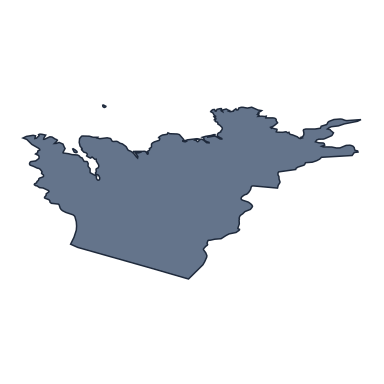 Norðurland eystra, Equal Earth projection
{"feature_id": "ISL-702", "entity_name": "Norðurland eystra", "entity_type": "Region", "adm_level": 1, "iso_a3": "ISL", "parent_name": "Iceland", "parent_adm1": "", "projection": "equal_earth", "projection_center": [-17.153, 65.518], "detail": "fine", "context": "isolated", "style": "filled", "palette": "slate", "viewbox_px": 384, "rotation_deg": 0, "n_neighbors": 0, "source": "natural_earth", "source_scale": "10m", "svg_char_len": 5966}
<svg xmlns="http://www.w3.org/2000/svg" viewBox="0 0 384 384"><path d="M23.0,138.0L26.4,136.4L33.1,135.3L35.5,135.8L34.9,138.5L36.4,138.2L39.1,135.7L38.6,134.6L39.9,134.1L42.0,134.3L45.7,135.1L43.8,138.1L43.6,139.3L44.4,139.3L49.8,136.8L52.0,137.0L55.3,139.1L56.7,139.6L57.4,140.2L56.5,141.5L54.4,143.5L56.4,143.4L59.1,142.4L63.0,144.1L64.3,147.2L65.1,148.5L63.0,152.4L63.2,153.0L68.6,153.7L72.0,154.6L77.6,155.0L79.2,155.9L80.4,157.3L82.1,157.9L84.1,161.4L86.8,161.5L87.3,161.8L88.2,163.5L88.0,165.8L88.3,166.7L90.1,168.8L90.1,172.3L90.3,172.8L96.7,176.2L96.3,177.3L96.6,178.8L97.5,180.0L98.8,180.2L99.7,179.1L99.7,177.6L99.0,176.1L98.3,175.1L95.7,174.0L95.4,173.0L96.3,171.7L96.0,169.7L96.3,168.8L98.3,167.7L98.8,166.2L98.6,164.9L96.3,161.0L96.2,159.2L94.8,159.3L92.3,157.1L91.6,157.2L90.7,158.1L89.7,157.8L87.4,156.5L86.6,155.9L87.3,154.7L87.0,153.6L86.1,152.8L83.9,152.2L81.5,149.7L81.5,149.1L82.1,149.1L82.1,148.5L80.1,146.2L79.2,142.4L79.6,138.6L81.6,136.2L82.6,136.0L89.4,136.2L93.2,137.3L97.6,137.3L97.0,138.0L99.8,138.7L107.2,137.8L110.4,138.5L111.0,139.1L111.8,140.7L112.4,141.3L113.3,141.5L116.3,141.3L117.6,141.6L120.0,143.2L122.4,143.9L125.3,146.0L126.3,146.9L127.5,149.2L128.3,150.3L130.7,151.2L132.0,152.0L133.9,153.7L136.5,157.1L137.6,158.1L137.9,156.6L137.2,155.4L135.5,153.0L138.7,152.9L141.7,151.9L134.8,152.1L133.0,151.4L144.9,151.3L145.8,151.7L147.4,154.2L147.8,154.2L148.3,153.0L148.0,152.4L147.4,151.9L147.4,151.4L149.2,150.4L149.7,149.6L149.4,148.5L150.6,147.9L151.5,146.9L151.5,144.1L152.4,143.0L154.3,141.9L159.2,140.3L159.7,139.3L159.7,138.4L159.4,138.0L158.6,137.7L159.0,137.1L160.5,136.0L162.5,135.0L167.1,134.3L167.9,132.8L169.9,133.7L177.4,134.0L179.4,134.6L183.8,139.6L183.8,140.7L182.8,140.7L182.8,141.3L184.6,141.8L185.6,141.8L186.4,141.3L184.9,140.7L187.5,139.8L197.0,138.7L199.7,139.1L197.3,139.2L195.1,140.2L196.1,140.5L197.4,141.7L198.0,141.6L200.4,139.3L201.3,139.1L203.4,140.0L206.6,142.7L209.1,142.9L209.1,142.4L206.7,141.6L204.7,140.5L204.1,139.4L203.7,138.0L202.3,137.3L205.7,136.3L210.9,135.5L213.9,134.6L215.7,134.6L209.1,136.3L207.0,137.3L213.6,136.2L215.1,136.2L216.9,137.0L219.9,138.9L221.8,139.1L221.8,138.5L219.2,137.2L217.8,136.3L217.3,135.4L217.5,134.2L218.3,133.1L220.8,131.8L220.7,131.3L222.1,129.5L222.3,128.7L222.1,127.5L219.6,125.0L218.0,124.2L217.6,122.3L215.6,121.6L215.0,120.9L215.6,119.5L214.6,119.5L215.6,118.4L214.7,117.8L214.0,116.7L215.6,116.7L215.6,116.2L214.3,115.4L212.8,112.8L210.7,111.7L211.4,110.6L212.9,109.6L214.5,109.5L214.9,110.0L215.2,111.1L216.0,111.2L217.1,109.3L220.2,108.6L221.4,108.6L221.4,109.2L221.0,110.1L221.3,110.9L222.7,111.7L222.1,110.1L226.2,109.0L229.0,110.5L230.4,110.6L228.8,111.2L230.1,111.7L233.4,111.2L233.4,110.6L235.9,108.8L236.5,109.9L237.4,110.0L238.2,109.6L238.8,108.0L241.1,107.3L243.1,107.3L247.4,108.1L251.7,107.2L258.0,110.0L261.6,110.6L260.6,111.4L258.5,112.2L258.0,113.4L259.0,113.4L259.0,113.9L257.5,114.5L259.1,115.6L258.2,116.4L261.9,116.2L264.9,116.5L266.2,116.2L265.8,117.9L272.9,117.9L274.3,118.1L275.5,118.6L276.2,119.4L276.1,120.6L277.6,122.8L274.5,125.4L272.7,126.5L270.5,127.3L271.5,128.4L272.4,128.0L274.4,128.7L276.8,129.2L277.1,129.8L276.2,131.8L277.4,132.2L282.9,132.3L285.5,131.8L286.4,131.9L287.5,132.8L289.0,132.3L289.2,133.2L289.7,133.9L290.4,134.4L292.6,134.9L297.3,136.8L298.7,138.0L300.2,138.6L302.0,138.0L301.4,137.8L300.9,137.3L302.2,136.9L303.2,136.0L303.8,134.7L303.9,133.1L303.3,130.3L303.7,129.6L305.9,129.0L315.1,129.0L320.4,128.2L321.2,126.2L326.5,124.6L327.3,123.7L327.8,122.4L329.0,121.4L333.9,119.5L340.3,119.0L342.1,119.2L345.0,120.3L346.7,120.6L361.0,119.6L357.5,121.3L344.3,123.9L338.4,125.9L331.5,126.7L329.2,127.6L327.4,129.0L330.2,129.7L330.6,130.4L333.5,132.8L332.2,135.1L331.6,135.7L324.5,138.8L323.3,139.1L318.7,139.2L316.7,140.0L315.4,141.8L318.8,142.8L323.3,143.0L324.2,143.6L324.7,145.2L321.6,146.3L323.2,146.9L331.7,147.0L336.6,148.0L340.0,147.9L346.1,145.4L349.9,145.2L351.6,145.6L353.1,146.3L354.2,147.6L354.6,149.4L355.1,150.4L357.3,150.8L357.8,151.1L358.0,152.1L354.3,152.5L352.1,155.5L321.5,157.3L319.7,159.1L316.7,160.7L312.3,162.2L305.5,162.7L304.6,164.6L303.9,165.2L297.9,167.1L296.1,168.3L295.7,169.5L278.6,171.9L278.0,173.0L278.0,174.9L278.9,176.4L279.1,179.2L280.0,181.9L279.9,182.6L278.2,185.3L277.5,188.1L253.3,185.9L252.2,186.0L251.6,186.4L251.2,187.0L250.5,189.6L248.6,192.5L246.7,194.2L244.6,194.8L242.1,196.6L241.4,197.5L241.1,198.4L241.2,199.2L242.3,200.1L248.1,202.0L249.5,202.9L251.6,204.6L252.5,206.2L252.0,207.4L250.4,209.4L244.9,211.6L242.7,213.8L240.5,215.3L239.7,216.4L239.1,218.2L239.4,219.0L239.1,220.2L239.3,223.9L237.8,228.3L238.2,228.8L239.5,229.3L239.5,229.8L238.9,230.5L236.0,232.5L229.1,233.9L225.9,235.6L221.1,238.7L214.8,239.2L210.4,240.2L208.4,240.3L208.0,240.5L207.1,242.9L207.1,243.4L207.6,244.3L207.4,245.1L205.7,246.4L203.8,248.5L203.4,249.2L203.6,249.9L205.8,252.9L206.9,255.7L206.7,257.2L204.7,261.7L202.9,264.8L188.5,279.0L145.3,266.5L77.7,247.4L70.6,244.2L74.0,237.3L76.3,230.2L76.6,226.1L76.3,221.8L74.9,216.7L74.3,215.8L73.0,214.8L65.8,212.4L62.5,210.7L61.2,209.6L60.2,208.2L59.3,205.4L58.9,204.5L58.3,204.1L51.4,203.3L50.1,202.3L49.7,200.6L48.9,199.7L44.9,198.2L44.5,197.8L44.6,197.1L46.1,195.4L46.2,193.8L48.8,191.9L49.0,191.3L48.4,190.5L43.1,188.0L39.5,187.6L37.2,186.0L35.5,185.6L34.4,184.8L34.3,184.5L34.6,183.8L36.6,182.8L37.0,181.5L38.4,180.4L38.9,178.7L39.6,178.1L42.8,177.0L43.6,176.1L43.5,175.4L43.4,174.9L41.7,173.6L41.5,173.2L42.0,171.9L41.8,171.4L40.2,169.3L38.8,168.4L37.2,168.1L33.6,166.4L30.1,165.1L29.5,164.0L29.6,163.2L30.1,162.2L30.9,161.6L35.7,160.9L38.7,158.6L39.0,158.1L39.1,156.8L38.6,155.5L35.5,154.0L36.1,153.5L37.6,152.8L37.8,151.0L39.8,150.0L39.7,149.3L38.8,148.4L31.8,144.4L26.9,139.5L23.0,138.0ZM75.2,149.9L77.0,151.5L77.0,152.4L76.0,152.7L74.5,152.3L74.0,151.8L72.7,149.0L73.1,148.7L75.2,149.9ZM103.5,105.0L105.9,106.3L105.6,107.0L104.2,107.5L102.9,106.6L102.7,105.2L103.5,105.0Z" fill="#64748b" stroke="#1e293b" stroke-width="1.5"/></svg>